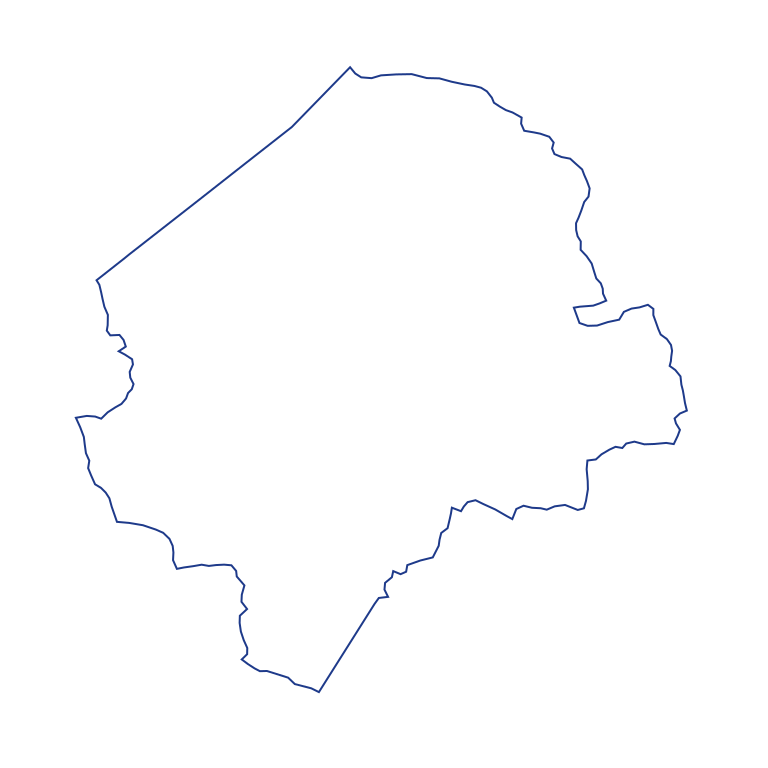 outline of Cedro, Ceará, Brazil, rotated 275°
{"feature_id": "56859067B68108454386597", "entity_name": "Cedro", "entity_type": "district", "adm_level": 2, "iso_a3": "BRA", "parent_name": "Brazil", "parent_adm1": "Ceará", "projection": "equal_earth", "projection_center": [-39.111, -6.578], "detail": "fine", "context": "isolated", "style": "outline", "palette": "blue", "viewbox_px": 768, "rotation_deg": 275, "n_neighbors": 0, "source": "geoboundaries", "source_scale": "gbopen_adm2", "svg_char_len": 2854}
<svg xmlns="http://www.w3.org/2000/svg" viewBox="0 0 768 768"><g transform="rotate(275 384 384)"><path d="M71.4,346.0L164.0,393.7L170.4,397.5L172.3,406.6L179.2,402.4L186.0,402.4L192.2,408.7L198.4,409.5L196.0,417.1L198.9,422.4L205.6,423.0L211.3,435.5L215.5,447.7L227.6,452.6L233.7,452.9L240.6,454.0L245.9,459.9L255.5,461.3L260.9,462.0L266.7,462.4L264.0,471.8L268.9,474.2L273.6,477.6L276.2,485.3L273.0,493.6L268.7,505.8L263.2,517.6L260.6,523.6L271.0,526.7L274.9,533.6L273.6,542.2L273.9,550.9L273.0,557.1L277.0,564.7L279.3,574.9L275.4,588.0L277.6,594.0L285.2,595.4L296.9,596.3L305.0,595.4L316.8,593.3L325.5,593.3L327.3,601.6L332.9,606.8L338.2,614.2L341.6,620.1L341.0,627.0L345.8,630.5L348.4,638.5L346.6,648.6L347.8,658.5L349.9,670.3L349.4,677.9L357.9,681.1L364.1,682.8L370.2,678.3L375.0,676.5L380.4,681.4L383.9,688.0L391.3,685.5L398.0,683.8L403.6,682.3L409.3,680.3L417.4,678.7L423.3,673.0L426.9,667.0L431.8,667.8L436.5,667.8L442.2,668.1L447.9,666.5L453.4,661.9L457.4,655.3L462.6,652.5L469.4,649.4L476.1,646.3L482.3,645.8L485.9,640.0L482.6,631.9L480.7,624.0L476.8,616.7L468.6,612.7L465.2,601.6L460.8,591.2L459.7,581.8L461.8,573.4L476.6,566.5L478.1,572.4L480.3,585.6L483.1,591.8L486.4,598.1L493.1,594.3L498.0,593.6L503.2,591.2L507.6,586.3L513.6,583.8L522.1,580.4L529.0,574.7L534.8,568.2L543.2,567.6L548.0,564.0L554.1,562.0L560.9,561.3L566.6,563.3L573.9,565.4L582.8,567.6L588.5,571.4L596.8,571.8L603.8,568.5L609.4,565.4L615.0,562.7L620.3,555.6L624.7,549.8L625.6,541.0L627.9,533.8L633.3,530.9L639.3,532.0L644.7,527.1L647.0,517.8L647.7,511.4L648.5,501.6L655.3,497.9L661.4,497.9L665.7,488.4L667.5,481.5L670.5,475.1L673.8,469.0L678.6,466.5L684.5,461.0L687.6,454.9L688.8,448.1L689.4,438.4L691.0,425.1L693.3,412.5L692.5,400.0L695.1,384.6L693.5,369.3L692.3,361.4L691.2,354.1L687.6,345.0L687.5,334.6L690.8,328.3L696.6,322.6L632.0,269.8L584.0,218.5L552.1,184.5L490.9,118.9L486.9,114.8L462.3,88.6L458.0,91.8L450.8,94.2L444.2,96.2L436.6,98.7L428.8,102.9L418.4,103.6L413.0,103.2L408.6,107.1L409.8,116.2L405.2,120.7L398.8,123.5L393.5,116.9L390.7,123.4L386.7,130.9L381.6,132.2L373.9,129.6L368.2,130.7L362.1,134.5L356.8,133.2L352.7,129.8L347.1,128.3L341.3,124.2L337.4,118.5L331.7,111.2L324.8,105.3L326.4,99.1L326.3,90.7L323.5,80.0L314.5,85.1L305.1,89.6L297.9,91.1L289.1,93.1L281.9,97.1L274.4,96.6L267.4,100.2L258.9,104.9L255.8,111.2L251.6,116.2L246.2,120.4L238.1,123.4L223.4,130.0L223.4,142.3L222.3,156.2L219.1,169.4L216.5,177.0L211.0,183.8L204.3,187.6L197.8,188.9L190.1,189.2L181.8,193.8L183.8,200.7L185.9,209.8L188.1,218.1L187.5,225.4L189.0,232.5L190.1,240.5L190.1,247.8L184.9,253.0L179.4,254.1L171.2,262.5L161.7,260.7L154.6,261.0L147.9,267.2L140.6,260.6L133.4,261.0L124.9,263.0L116.6,266.6L109.1,270.8L102.9,271.2L97.2,266.3L93.1,272.9L89.4,279.9L87.1,285.4L87.9,292.4L83.1,314.1L77.3,321.3L74.5,338.1L71.4,346.0Z" fill="none" stroke="#1e3a8a" stroke-width="2"/></g></svg>